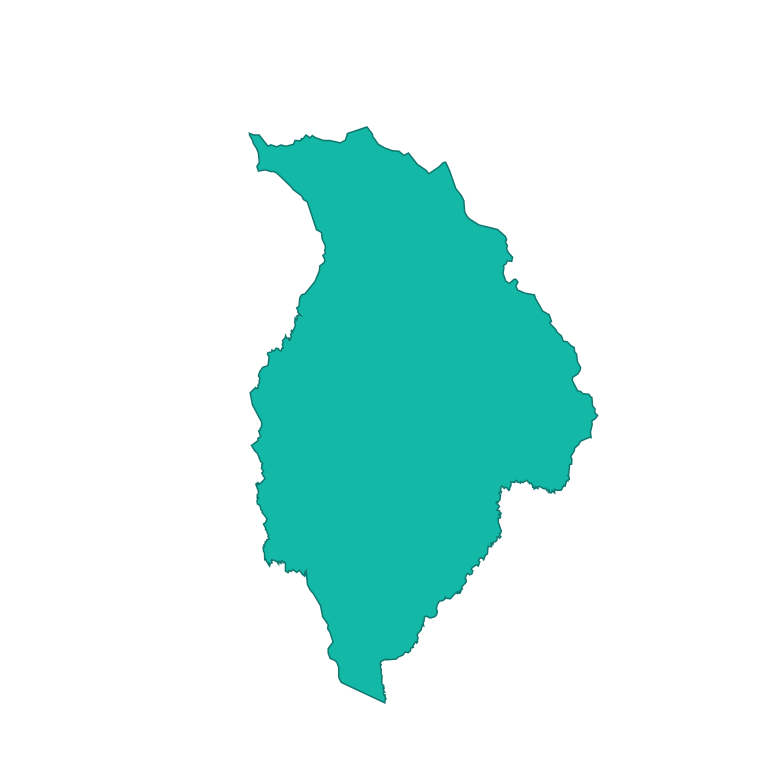 outline of Rattaphum, Songkhla, Thailand, rotated 153°
{"feature_id": "78962969B64238633533340", "entity_name": "Rattaphum", "entity_type": "district", "adm_level": 2, "iso_a3": "THA", "parent_name": "Thailand", "parent_adm1": "Songkhla", "projection": "equal_earth", "projection_center": [100.221, 7.064], "detail": "fine", "context": "isolated", "style": "filled", "palette": "teal", "viewbox_px": 768, "rotation_deg": 153, "n_neighbors": 0, "source": "geoboundaries", "source_scale": "gbopen_adm2", "svg_char_len": 6170}
<svg xmlns="http://www.w3.org/2000/svg" viewBox="0 0 768 768"><g transform="rotate(153 384 384)"><path d="M547.3,342.8L547.9,341.4L547.5,339.5L548.6,340.1L548.5,339.2L550.3,337.5L551.2,334.5L549.7,332.2L550.7,327.6L550.0,326.1L550.9,324.9L549.4,317.1L552.4,314.3L555.0,313.9L554.8,309.5L555.7,308.0L555.0,306.9L555.7,303.6L555.1,302.1L556.6,301.0L556.7,298.0L559.4,298.4L560.3,296.9L561.5,297.2L561.9,296.1L564.3,295.0L564.5,293.2L565.8,293.5L567.3,289.5L567.1,288.0L570.0,281.7L568.9,281.8L569.3,279.3L568.2,276.6L569.0,276.7L568.6,273.7L566.7,275.8L564.8,275.5L565.0,276.9L563.9,278.4L563.2,277.2L561.8,277.0L561.0,275.0L559.1,274.3L560.0,273.2L559.7,271.7L559.1,273.3L557.3,271.1L557.0,273.0L556.0,272.1L554.7,272.6L555.0,270.4L553.6,270.5L553.3,268.8L556.7,262.1L555.1,259.4L553.3,261.0L551.8,259.1L549.4,260.0L547.3,255.8L543.8,256.4L543.2,251.6L541.9,248.7L540.8,249.7L540.9,251.3L538.2,253.1L543.3,239.8L543.3,234.1L542.0,228.9L541.2,215.1L544.3,204.5L542.9,195.0L545.3,191.5L544.9,187.0L546.5,177.3L553.9,173.5L555.9,169.5L556.5,163.9L553.3,160.1L552.4,157.3L553.1,151.7L557.5,143.1L557.6,139.3L557.4,137.3L528.0,99.5L526.5,102.1L525.1,102.5L525.2,104.4L524.1,106.3L525.4,107.5L524.0,110.0L523.4,109.4L523.4,112.1L522.4,112.5L522.9,113.6L521.9,113.5L521.3,115.3L522.1,118.1L518.2,125.0L518.1,127.4L516.3,130.4L515.6,133.8L513.9,135.3L514.6,135.5L514.2,136.9L512.7,138.1L507.9,138.2L507.7,137.3L506.5,137.6L506.3,136.8L498.0,133.4L495.2,134.3L490.2,133.9L486.8,135.6L484.4,133.6L481.7,134.2L480.0,136.6L477.4,136.0L477.5,137.3L473.7,139.6L472.6,139.7L472.6,138.4L471.1,138.9L470.5,140.9L469.2,141.8L468.3,145.8L462.5,148.1L459.4,151.8L458.5,150.5L457.7,153.5L456.2,154.3L453.8,157.9L451.9,158.2L449.1,154.5L444.3,153.6L441.7,154.7L439.7,157.1L439.4,159.9L437.0,163.0L433.1,165.4L429.9,164.3L427.3,164.8L426.3,166.3L425.3,164.4L422.3,162.5L415.9,165.0L414.6,165.1L413.7,164.1L413.2,165.4L412.7,164.4L411.5,164.8L412.0,163.4L411.2,163.1L409.7,164.2L409.7,165.4L407.3,165.7L406.9,168.0L400.8,170.1L399.6,172.5L400.0,173.8L397.2,176.6L395.1,177.3L394.4,175.1L391.9,174.9L389.7,177.2L390.5,179.0L389.0,180.3L383.9,181.0L382.6,179.0L379.3,182.3L380.1,184.0L378.2,185.0L377.1,185.3L375.3,184.1L375.0,182.1L371.5,185.3L369.0,185.7L365.0,192.1L362.2,190.2L360.8,193.7L359.9,193.1L359.9,191.6L358.2,193.3L355.7,193.0L354.2,193.6L352.8,196.4L351.3,195.8L351.2,194.3L349.8,194.5L349.1,195.2L349.7,196.6L349.0,198.4L348.0,197.9L346.3,199.6L344.8,209.7L343.6,211.1L343.6,212.6L341.1,211.9L340.2,213.4L341.2,214.7L340.8,215.7L339.7,214.7L338.3,215.6L339.1,217.4L338.6,218.7L340.8,220.3L336.7,222.5L338.0,227.5L336.8,227.8L336.2,226.8L333.2,228.3L330.4,232.3L331.2,233.3L330.8,234.9L329.1,233.9L328.1,234.7L328.7,236.1L326.0,239.6L325.0,239.2L324.3,236.4L323.0,236.9L321.8,236.0L321.1,232.6L320.0,232.7L319.6,233.9L316.8,236.1L315.4,239.2L312.2,236.9L310.2,238.3L309.5,237.3L309.8,235.9L308.0,235.0L307.5,233.8L306.3,235.0L305.1,233.1L300.7,233.6L299.4,229.1L298.1,229.0L297.6,226.0L298.4,224.5L297.4,223.6L298.0,222.4L295.8,222.3L295.6,223.3L294.3,221.0L293.5,222.5L291.7,221.9L289.0,217.9L287.3,217.8L287.3,215.3L285.0,214.8L285.6,213.3L286.7,213.3L286.5,212.5L284.2,211.0L282.5,212.4L281.4,209.5L279.9,212.8L278.5,211.0L274.3,208.9L270.1,211.9L269.2,210.7L265.3,214.8L264.0,214.1L263.2,215.2L262.2,214.9L261.3,216.9L261.6,219.0L260.9,219.0L255.1,228.1L253.2,227.4L250.7,231.9L250.6,234.6L244.7,238.1L243.4,240.3L238.3,241.6L234.7,243.8L225.2,243.2L223.8,242.2L221.8,247.6L217.1,253.1L215.5,256.7L211.4,257.2L207.9,259.1L209.3,262.7L207.2,266.1L208.2,269.5L204.9,277.7L205.9,279.0L206.1,281.8L211.2,285.1L212.2,288.1L214.6,290.0L214.6,302.0L212.7,304.4L206.9,304.9L203.2,307.1L201.3,309.3L201.6,315.6L198.9,323.4L199.5,326.2L198.0,330.2L200.0,333.3L201.7,338.6L204.9,340.7L204.1,346.3L206.3,351.4L206.2,354.4L208.6,362.5L208.1,363.5L206.4,363.7L205.4,370.7L209.5,376.9L210.2,391.3L209.5,395.1L217.2,400.9L222.3,407.1L222.0,411.4L218.4,414.0L219.0,417.4L220.6,418.2L226.6,416.7L228.8,420.5L227.7,428.6L224.5,432.9L223.8,435.3L220.7,435.7L218.1,437.8L214.5,435.3L211.9,438.6L213.6,444.6L213.4,448.8L211.2,451.4L211.4,455.3L209.2,456.9L208.9,460.5L212.7,470.1L227.3,482.7L232.7,491.9L233.8,495.1L234.1,500.5L229.7,511.0L229.5,516.2L231.3,525.5L228.8,544.1L228.4,553.1L228.8,554.0L231.0,554.2L236.5,552.5L248.6,550.9L249.5,555.2L254.6,564.6L257.4,578.7L262.5,578.6L265.0,584.6L270.7,588.1L276.2,594.0L280.3,600.2L281.7,610.0L280.9,611.7L282.5,620.8L302.8,623.8L307.5,618.8L313.3,618.6L321.8,625.6L327.3,628.4L333.1,634.4L335.1,637.9L338.2,636.9L340.5,641.3L344.9,639.2L346.2,640.2L347.9,638.5L352.6,641.4L355.8,638.7L363.2,640.2L367.4,643.8L372.0,644.1L376.1,648.4L379.5,648.8L382.2,662.5L387.3,665.2L390.1,668.5L390.8,666.8L390.5,661.4L391.2,657.5L390.6,652.2L391.0,647.0L394.5,638.0L398.5,635.5L399.2,630.7L392.6,628.7L387.9,624.3L386.3,623.8L383.7,620.6L377.4,602.4L376.4,597.8L372.0,589.2L372.0,584.9L369.6,581.2L374.1,552.1L371.5,548.4L371.1,546.6L373.2,541.6L373.5,534.2L374.4,531.8L376.2,530.0L376.9,527.1L380.1,526.3L380.2,521.7L382.0,519.4L387.6,518.3L390.3,514.0L399.1,506.6L413.3,500.3L416.9,500.8L419.8,499.1L424.6,491.7L427.3,491.4L427.3,488.3L428.2,486.9L427.0,482.9L428.5,484.3L431.2,484.0L431.2,482.1L432.7,480.6L433.2,483.1L435.4,479.8L436.5,476.2L441.1,472.4L442.1,473.8L442.8,472.9L442.6,471.3L444.5,470.8L445.5,467.5L447.5,467.2L447.3,465.8L448.8,466.2L448.0,468.2L449.9,469.1L449.7,471.7L450.9,470.1L454.7,468.7L455.1,466.6L456.7,465.3L457.3,461.8L458.8,462.2L460.6,460.2L461.9,461.4L462.2,463.6L463.9,464.8L467.0,463.2L468.4,465.2L469.5,463.5L473.1,464.6L474.2,463.6L474.1,460.3L478.3,454.0L479.9,453.1L484.5,453.9L489.2,451.3L492.1,448.4L492.1,445.2L494.0,443.3L494.2,441.8L497.1,439.8L497.6,437.9L499.1,437.4L500.0,439.2L507.3,436.9L510.7,424.9L510.3,405.6L512.6,401.3L514.4,400.7L515.7,399.0L516.9,399.2L517.8,393.1L521.2,392.8L521.8,390.8L530.0,389.4L529.5,383.2L528.2,379.4L529.1,371.3L528.2,367.9L529.7,367.5L530.6,365.0L531.5,364.7L531.0,360.7L533.4,360.2L533.0,353.6L540.3,351.2L540.9,353.1L541.9,351.9L542.2,352.8L542.8,352.0L543.0,353.1L543.7,352.9L544.6,345.3L546.3,342.8L547.3,342.8Z" fill="#14b8a6" stroke="#0f766e" stroke-width="1.5"/></g></svg>